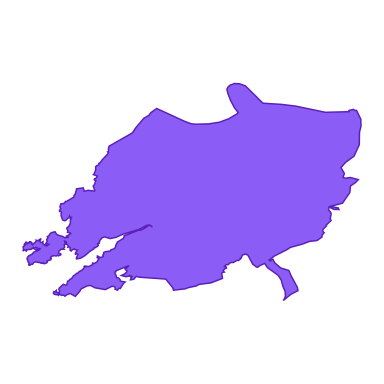 Råde nor, Østfold, Norway
{"feature_id": "86288312B77346500929668", "entity_name": "Råde nor", "entity_type": "district", "adm_level": 2, "iso_a3": "NOR", "parent_name": "Norway", "parent_adm1": "Østfold", "projection": "robinson", "projection_center": [10.836, 59.347], "detail": "fine", "context": "isolated", "style": "filled", "palette": "violet", "viewbox_px": 384, "rotation_deg": 0, "n_neighbors": 0, "source": "geoboundaries", "source_scale": "gbopen_adm2", "svg_char_len": 5838}
<svg xmlns="http://www.w3.org/2000/svg" viewBox="0 0 384 384"><path d="M73.8,197.1L66.7,201.3L65.5,201.5L64.2,203.3L60.8,203.9L59.9,206.9L60.7,208.7L59.4,210.5L59.6,211.5L61.2,211.6L61.6,212.7L61.1,213.5L61.1,215.8L62.6,219.9L64.3,220.7L65.6,220.5L69.2,217.1L69.5,215.9L70.2,217.2L71.4,217.4L70.4,218.5L71.0,218.6L70.3,220.4L70.4,223.0L68.9,226.3L66.9,227.9L66.8,228.6L67.9,231.0L67.5,232.4L70.2,232.9L70.6,233.2L70.1,233.6L70.3,234.1L66.6,236.1L68.0,236.7L68.0,237.3L64.8,237.8L62.8,236.5L58.0,235.1L56.1,233.8L55.4,232.0L54.1,231.8L53.8,232.3L51.6,232.5L50.4,233.4L48.6,235.9L47.3,236.6L48.0,237.6L47.0,239.0L46.6,240.0L47.2,240.6L47.0,241.7L45.7,243.6L48.9,244.3L47.0,245.9L46.5,245.3L45.3,245.8L45.1,244.8L43.6,244.7L42.7,243.0L43.0,241.7L41.2,242.6L40.2,242.0L39.8,241.2L40.8,239.4L40.7,238.9L39.1,239.7L38.6,240.7L36.3,240.3L36.6,240.7L34.7,242.9L33.5,243.4L32.6,244.8L31.6,244.0L31.8,242.7L30.6,241.7L29.8,241.7L30.0,242.3L29.1,243.0L28.1,242.5L27.8,243.4L26.5,243.0L26.1,242.1L25.6,242.3L25.9,243.0L27.1,243.5L25.2,244.4L24.6,243.9L24.4,244.3L25.2,244.5L25.0,245.3L23.2,246.5L23.5,249.4L23.0,250.3L23.4,250.7L24.3,250.0L25.7,250.2L26.8,249.6L25.9,250.8L26.3,251.1L27.2,249.6L30.9,249.4L33.4,247.5L33.8,247.7L33.3,248.6L34.5,248.7L35.9,247.3L37.1,247.8L36.8,249.7L35.6,249.7L36.4,250.3L38.9,248.3L39.6,248.8L38.4,249.5L39.9,249.0L39.2,250.0L33.3,252.4L32.7,253.7L28.2,256.2L27.0,258.6L28.3,262.3L29.2,263.1L28.7,264.5L28.9,265.2L29.7,265.4L31.1,264.3L32.5,264.3L34.0,262.3L35.7,261.9L38.8,262.4L39.5,263.0L39.2,262.6L39.8,262.4L41.2,263.3L43.1,262.7L43.6,263.1L43.2,263.4L44.7,263.7L46.8,262.8L47.4,261.9L47.0,261.0L50.9,259.7L50.7,258.7L51.7,258.3L50.7,258.2L50.5,257.6L51.6,256.3L54.0,255.7L56.3,256.0L57.6,255.2L58.5,255.9L60.8,254.8L60.8,253.9L58.5,252.9L58.7,251.5L61.0,249.3L63.5,249.2L63.0,248.9L64.6,247.4L64.3,244.5L65.2,243.8L64.6,241.1L66.1,241.7L66.4,242.5L66.2,244.3L67.1,244.2L68.3,246.1L67.5,248.0L68.5,246.4L70.1,247.5L70.1,250.3L71.1,251.0L70.8,251.4L71.1,251.2L71.7,250.2L74.4,248.9L75.0,249.6L77.3,250.0L75.4,253.2L75.3,254.2L74.7,254.4L77.3,253.7L78.0,254.5L76.6,257.2L76.4,258.7L76.8,259.0L77.4,258.2L78.1,258.7L80.6,258.2L85.0,255.6L90.2,251.1L93.8,248.9L93.8,248.0L94.5,247.7L94.1,247.3L95.1,247.8L97.9,246.0L98.3,245.5L97.7,244.4L98.2,244.0L97.9,243.6L99.3,243.1L99.8,240.5L102.2,237.7L104.4,236.9L110.2,238.6L116.1,237.3L122.6,234.3L139.3,229.3L147.0,225.2L150.1,225.1L152.5,227.1L150.0,225.4L147.7,225.5L147.8,226.0L146.5,227.0L142.2,229.6L139.9,230.3L139.4,229.9L129.9,233.6L129.5,233.3L129.6,233.8L123.5,236.0L124.2,235.9L124.3,236.4L123.2,238.5L117.2,242.2L117.4,242.6L116.0,244.7L115.4,247.3L114.1,248.8L111.0,249.8L110.2,251.1L105.6,251.6L103.7,252.5L103.6,253.9L102.8,255.1L103.3,256.0L103.0,256.7L100.6,257.5L97.6,256.3L97.4,255.3L97.3,256.3L99.9,257.5L98.7,258.5L97.9,257.2L97.3,257.6L98.7,258.6L97.1,261.8L94.4,263.4L91.9,262.9L93.1,263.5L92.6,264.6L88.7,266.6L85.1,266.0L85.2,266.8L84.2,266.7L84.5,267.4L82.1,270.1L79.3,271.5L77.7,273.2L76.4,273.4L76.0,274.3L73.4,275.8L72.0,278.1L69.7,279.6L68.9,280.8L67.6,281.2L66.8,284.9L65.5,285.1L63.3,284.3L59.3,288.0L58.7,289.4L59.5,290.5L59.4,292.5L58.9,293.0L58.2,293.1L58.2,292.6L56.2,291.8L56.3,290.5L54.9,291.7L53.8,291.6L53.4,293.1L54.3,294.3L56.5,294.7L58.7,294.2L58.0,295.0L58.3,295.4L59.3,294.3L61.9,295.4L63.7,295.0L64.9,296.2L66.9,294.7L70.2,293.5L75.3,296.4L79.3,291.9L81.2,288.9L87.3,285.8L90.6,285.5L95.0,287.8L105.4,289.6L112.1,286.2L114.7,286.8L115.4,288.2L115.0,289.1L117.4,290.2L118.8,288.4L120.3,288.5L123.6,283.2L125.1,282.0L120.3,281.1L120.1,279.6L118.5,277.9L116.6,277.7L115.8,274.5L114.9,273.4L115.3,271.7L115.8,271.7L115.8,270.9L128.9,265.5L127.1,267.7L125.0,268.6L125.4,269.6L126.9,270.8L126.9,271.8L124.7,273.9L121.4,275.5L125.8,276.7L128.6,276.2L129.3,275.6L130.2,276.5L131.1,275.8L132.1,276.5L131.3,277.2L130.4,279.8L133.7,279.3L136.3,276.4L139.5,277.2L165.8,279.1L172.7,287.7L173.5,290.2L185.4,288.8L188.3,287.6L196.2,286.0L199.1,284.4L210.9,282.9L222.5,278.4L221.7,273.1L222.4,272.4L224.3,272.1L223.2,270.8L224.6,268.9L226.5,268.0L226.1,266.9L224.4,266.6L226.1,264.7L228.0,264.7L230.6,262.5L233.4,262.5L237.0,260.4L238.5,260.5L240.6,258.9L240.5,258.1L241.0,258.3L242.5,255.0L245.7,254.0L248.0,255.3L252.6,264.0L256.3,266.9L257.6,267.3L259.8,265.6L264.7,263.4L267.5,267.7L278.0,275.2L281.2,279.9L282.8,286.0L285.2,291.7L285.4,296.2L284.2,299.2L283.2,300.5L290.8,294.4L298.0,290.6L297.3,287.2L290.9,275.4L288.9,270.5L280.8,268.0L274.9,263.0L272.9,259.3L270.2,260.9L269.0,260.1L274.4,256.0L287.4,249.4L290.3,247.4L302.7,244.0L309.5,241.4L317.1,240.5L322.0,237.0L321.9,235.5L324.1,232.7L323.5,232.4L322.8,230.8L323.0,229.3L326.5,225.9L326.3,225.0L331.1,220.5L330.2,218.6L331.1,214.3L330.8,212.4L328.6,209.9L329.1,206.6L330.0,206.4L330.0,207.1L330.9,208.0L334.2,209.4L338.9,209.5L338.2,207.9L330.1,206.4L342.5,203.2L349.8,192.5L350.4,186.6L350.9,185.7L355.4,182.6L358.3,179.6L350.3,177.5L345.7,178.2L343.5,177.7L343.2,176.8L344.4,173.5L341.0,167.6L345.5,162.4L354.0,156.2L359.3,144.7L359.5,132.2L361.0,126.1L360.8,119.2L356.5,110.4L354.9,110.5L353.5,109.4L348.9,110.5L349.0,111.7L325.3,112.3L295.6,106.1L281.6,104.4L262.9,103.2L245.4,85.9L239.7,83.8L234.6,83.5L230.0,85.2L228.0,87.1L226.9,89.3L227.9,93.5L230.7,100.7L234.5,107.8L238.2,112.6L236.6,114.1L228.7,118.8L219.5,122.2L208.4,123.9L196.0,124.2L191.6,123.9L184.3,121.2L156.7,108.5L150.9,112.6L148.8,115.4L143.8,118.3L135.5,128.1L132.5,132.8L109.2,146.1L108.4,148.3L108.6,150.0L108.1,151.9L107.7,152.0L108.4,152.7L107.9,153.8L102.3,159.7L100.4,162.4L99.0,163.3L99.3,163.6L98.4,165.0L96.6,165.7L95.6,166.8L95.7,169.8L94.2,173.8L93.4,174.6L97.4,176.1L95.8,178.5L94.7,178.7L94.2,179.8L95.8,180.5L94.4,184.6L93.2,186.1L94.8,190.7L94.3,191.1L88.1,190.3L84.2,191.3L83.3,187.9L76.6,188.8L75.1,194.6L74.1,195.2L73.8,197.1Z" fill="#8b5cf6" stroke="#5b21b6" stroke-width="1.5"/></svg>